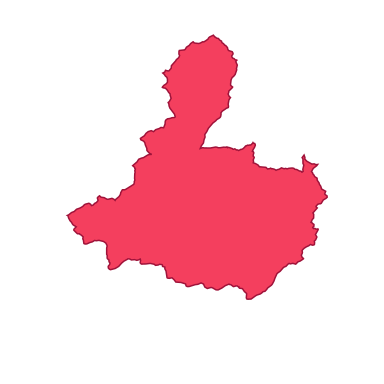 outline of Otuzco, La Libertad, Peru, rotated 55°
{"feature_id": "86281439B7526528114387", "entity_name": "Otuzco", "entity_type": "district", "adm_level": 2, "iso_a3": "PER", "parent_name": "Peru", "parent_adm1": "La Libertad", "projection": "equal_earth", "projection_center": [-78.593, -7.861], "detail": "fine", "context": "isolated", "style": "filled", "palette": "rose", "viewbox_px": 384, "rotation_deg": 55, "n_neighbors": 0, "source": "geoboundaries", "source_scale": "gbopen_adm2", "svg_char_len": 6015}
<svg xmlns="http://www.w3.org/2000/svg" viewBox="0 0 384 384"><g transform="rotate(55 192 192)"><path d="M105.0,160.2L106.7,160.5L108.3,161.4L110.6,162.0L118.0,161.7L120.8,162.6L120.9,163.7L119.7,165.7L119.1,167.9L118.0,170.1L118.0,171.8L118.2,172.6L118.9,173.5L120.9,175.1L123.1,178.4L121.3,180.4L121.2,182.4L120.1,186.0L120.5,188.9L118.4,190.2L117.4,193.2L117.6,196.1L118.6,198.7L118.5,203.5L119.8,204.0L122.7,202.4L124.6,202.4L126.6,203.2L130.4,204.0L131.9,205.0L132.7,205.1L136.0,204.6L138.1,203.4L136.7,205.7L136.3,207.0L136.0,212.1L135.2,214.1L134.6,216.9L135.8,219.7L136.4,225.5L138.9,224.9L140.1,225.4L140.7,225.2L141.8,226.7L143.1,227.2L144.2,228.4L148.0,231.3L149.4,231.9L150.5,233.5L151.3,233.9L152.3,235.3L151.8,244.8L151.5,246.0L150.3,247.6L150.3,247.9L151.7,250.8L152.9,252.0L153.9,254.4L154.3,258.8L154.8,259.8L153.2,260.1L151.3,261.2L149.8,265.0L149.1,265.8L146.2,267.2L144.1,269.5L142.1,269.9L142.1,271.5L142.6,273.0L144.7,273.6L145.2,274.1L145.8,276.4L145.5,278.1L146.0,280.8L145.5,282.1L143.8,282.1L142.1,282.9L140.8,286.4L140.7,287.6L141.1,289.2L141.1,291.2L140.8,293.3L139.9,296.5L140.4,299.6L139.7,302.6L140.0,306.1L139.7,307.5L140.3,307.2L142.5,308.0L145.6,308.4L147.4,308.1L149.9,308.3L150.9,308.2L154.1,306.8L154.7,309.9L155.3,310.6L155.7,310.7L160.1,309.9L160.8,309.5L161.6,308.1L162.5,308.1L163.6,307.5L166.3,306.9L167.8,308.4L168.7,308.4L172.2,310.1L173.3,309.4L174.2,307.9L174.8,304.7L175.7,302.1L175.8,299.6L177.0,298.4L178.2,296.0L181.7,292.9L184.3,291.9L186.8,292.2L187.7,292.6L188.9,294.0L193.0,296.9L194.2,297.7L195.3,297.8L197.4,299.4L198.2,299.5L200.1,299.1L201.6,300.0L203.1,299.9L204.2,301.1L204.7,303.0L205.2,303.6L206.6,304.2L208.0,303.9L208.9,303.3L210.6,298.8L210.9,294.7L209.9,290.5L209.6,287.5L210.0,283.9L210.0,282.8L211.1,281.5L212.9,280.6L214.5,277.8L216.3,276.4L217.0,274.6L217.2,272.9L218.5,273.3L220.0,274.9L220.7,275.1L222.0,274.8L224.5,271.0L226.5,267.2L229.5,264.4L231.1,264.0L232.4,261.6L232.6,260.1L234.3,258.2L234.9,258.2L236.1,258.8L237.9,257.3L239.4,258.3L241.8,258.6L247.9,261.6L248.5,261.4L249.7,260.1L250.8,257.6L253.5,257.0L256.5,256.9L259.8,252.9L263.6,250.0L265.5,250.7L266.5,250.3L267.1,249.7L267.9,248.3L269.7,242.6L271.0,240.1L271.7,236.7L274.0,235.4L277.2,236.0L279.8,234.8L281.1,231.2L282.0,230.3L286.0,228.4L287.2,226.7L287.8,222.7L287.8,218.4L288.7,214.5L289.6,214.1L290.2,213.3L293.2,212.4L293.9,210.9L294.0,210.0L295.0,208.8L296.1,208.5L296.6,208.0L297.1,208.4L298.1,208.2L300.1,206.1L303.7,206.2L305.3,205.7L306.7,205.6L309.8,208.2L311.0,208.5L311.8,207.8L313.6,205.0L313.5,199.5L313.6,198.1L314.7,194.5L314.7,192.6L314.4,191.4L314.6,190.5L315.2,189.2L314.7,186.8L314.0,185.0L313.9,180.4L313.5,179.0L311.9,175.9L310.3,173.7L307.7,169.4L307.5,168.5L307.5,165.3L306.3,160.4L306.4,159.0L306.8,157.8L306.1,154.3L306.2,153.4L307.2,152.8L308.3,150.3L310.6,148.4L310.0,145.1L310.6,143.2L310.7,139.6L310.6,138.9L310.3,138.8L308.8,139.3L306.5,138.7L305.4,136.8L304.7,136.1L303.2,135.5L302.8,134.6L302.4,132.4L302.5,129.7L303.0,127.2L302.9,125.1L304.6,123.9L305.3,122.5L305.1,121.7L303.6,120.5L302.4,120.0L302.1,118.1L300.5,115.5L297.7,115.3L295.2,110.2L294.5,110.0L293.6,111.7L292.2,112.3L291.7,113.4L290.4,113.5L290.1,112.9L290.0,111.8L288.5,110.7L286.6,111.4L285.6,111.3L285.1,111.8L283.6,109.4L283.1,107.3L280.1,105.1L278.5,104.9L276.9,98.5L275.3,98.9L274.8,98.5L274.2,96.0L274.8,94.2L275.3,93.6L275.4,92.6L273.8,89.0L274.1,86.0L273.8,84.2L272.5,83.6L270.8,84.3L269.7,84.4L268.1,82.1L263.9,84.1L261.0,83.2L258.7,83.2L257.5,82.7L254.2,82.7L252.4,81.6L249.7,82.7L248.1,82.4L246.5,82.6L245.4,82.2L243.8,82.4L242.2,79.1L242.0,74.8L241.5,73.3L240.7,74.8L239.1,75.7L237.8,77.8L232.6,80.3L229.8,80.7L228.5,79.7L226.0,79.0L227.0,82.1L228.6,82.2L232.2,84.7L234.1,85.0L237.0,88.2L238.8,89.1L238.9,90.2L238.8,90.6L237.4,90.8L236.5,91.9L233.7,93.3L232.3,94.8L231.0,95.0L229.8,96.2L228.1,99.1L227.6,100.8L226.3,101.8L225.8,103.2L223.5,104.9L223.4,107.4L222.6,109.4L222.4,110.7L220.8,111.3L219.1,112.7L218.5,113.6L217.6,113.8L217.4,114.9L216.5,116.9L214.2,117.3L210.0,122.3L207.8,122.4L205.1,123.7L203.2,125.1L202.5,124.2L200.8,123.4L199.5,121.3L198.6,121.1L197.7,121.3L196.3,120.1L195.7,119.2L194.9,118.7L193.4,119.1L193.5,118.6L192.7,118.4L191.3,115.2L190.0,113.3L189.1,112.9L188.2,112.8L187.3,113.7L186.5,113.7L186.8,114.3L187.2,116.8L186.4,118.1L186.3,118.7L185.5,119.6L185.3,121.2L185.0,121.7L185.5,123.3L185.8,125.5L185.6,126.8L185.1,127.5L184.8,130.0L183.7,130.5L182.9,131.6L181.5,132.0L181.0,132.5L180.8,133.6L180.3,134.0L179.7,134.0L177.3,135.7L176.2,136.7L176.0,137.5L175.1,137.5L174.9,138.4L173.4,140.4L171.8,143.7L170.7,145.2L169.6,145.9L168.7,146.9L166.5,151.7L162.9,156.8L161.8,157.8L161.1,160.3L159.5,157.8L158.4,154.5L156.1,152.2L154.5,149.8L152.3,148.6L151.0,145.2L149.2,142.0L147.5,135.4L147.3,131.6L146.9,130.3L147.1,127.0L146.9,125.8L146.4,125.0L145.1,123.7L143.7,122.8L143.1,120.7L143.2,117.3L143.1,116.1L143.6,113.8L142.7,112.9L140.8,112.0L137.9,109.1L137.3,108.0L136.7,106.3L134.9,106.7L132.4,106.2L131.7,105.0L130.5,104.0L129.6,98.9L129.3,98.5L126.8,99.2L125.6,98.4L122.4,95.5L121.2,93.3L121.2,91.8L120.5,89.3L117.6,85.3L116.5,84.9L114.0,82.1L110.4,81.4L109.8,80.2L109.8,79.1L109.5,79.8L108.5,80.8L106.9,81.0L105.6,81.9L104.1,81.8L103.2,81.3L102.7,79.6L101.9,78.8L100.1,78.6L97.2,80.8L95.8,80.9L94.0,80.1L91.2,80.4L90.6,81.0L88.5,81.1L86.9,81.8L85.3,81.3L83.4,82.2L81.4,82.3L80.1,83.6L78.5,84.0L78.1,84.4L75.8,84.5L75.1,88.7L75.3,90.0L75.9,91.1L76.0,94.1L75.8,96.2L75.0,97.3L74.8,99.5L74.3,101.2L71.9,104.0L70.9,104.8L69.8,104.8L69.6,105.0L69.6,108.0L70.3,110.0L70.2,113.5L71.2,115.6L71.3,116.6L68.8,121.2L69.2,121.9L71.5,123.6L73.0,123.8L73.9,125.0L74.4,126.2L74.6,128.9L75.2,130.1L76.7,136.4L78.7,138.1L79.5,141.4L79.1,142.2L77.1,143.9L78.1,145.5L77.8,147.7L79.8,147.2L81.7,147.3L83.7,146.8L85.5,147.4L87.8,149.0L88.1,149.3L88.6,151.5L88.5,153.8L89.0,155.9L89.3,156.3L90.3,155.7L91.8,154.2L94.7,153.8L96.9,154.0L99.1,153.7L100.2,154.4L103.3,155.4L104.9,158.7L105.0,160.2Z" fill="#f43f5e" stroke="#9f1239" stroke-width="1.5"/></g></svg>